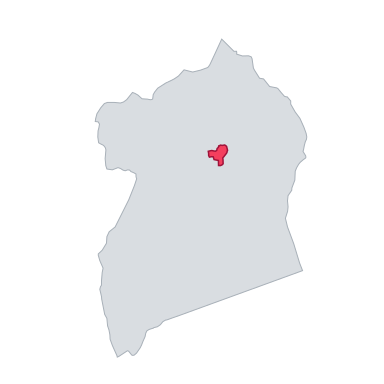 location of Dokolo within Uganda, rotated 340°
{"feature_id": "UGA-3100", "entity_name": "Dokolo", "entity_type": "County", "adm_level": 1, "iso_a3": "UGA", "parent_name": "Uganda", "parent_adm1": "", "projection": "albers", "projection_center": [33.084, 1.906], "detail": "fine", "context": "in_parent", "style": "filled", "palette": "rose", "viewbox_px": 384, "rotation_deg": 340, "n_neighbors": 0, "source": "natural_earth", "source_scale": "10m", "svg_char_len": 2781}
<svg xmlns="http://www.w3.org/2000/svg" viewBox="0 0 384 384"><g transform="rotate(340 192 192)"><path d="M269.0,303.7L263.8,303.7L255.5,303.7L247.1,303.7L238.7,303.7L230.4,303.7L222.0,303.7L213.6,303.7L205.3,303.7L196.9,303.7L188.5,303.7L180.2,303.7L171.8,303.7L163.4,303.7L155.1,303.7L146.7,303.7L138.3,303.7L130.0,303.6L125.0,303.6L124.0,303.5L123.4,303.3L120.2,303.9L116.9,305.9L113.4,306.8L109.7,306.4L109.3,306.7L107.4,306.6L104.7,306.5L102.2,307.0L100.3,308.8L98.4,311.9L95.0,315.4L92.3,318.5L90.0,320.7L84.8,324.4L81.9,325.5L80.5,325.3L79.6,324.6L78.0,319.9L77.0,319.1L66.9,321.5L65.3,321.6L65.5,320.1L64.7,309.1L64.7,302.3L66.0,298.1L66.8,293.2L66.9,288.9L68.8,281.6L68.1,277.2L70.5,261.8L71.2,259.3L72.1,251.9L73.7,249.6L75.0,248.7L76.7,244.2L80.1,236.9L82.4,233.1L81.9,224.9L82.3,219.3L82.8,218.1L87.7,216.0L94.1,210.9L96.8,204.8L100.6,201.0L108.0,198.5L108.0,198.4L129.9,177.7L140.0,166.4L144.5,160.7L144.6,158.6L145.5,155.9L143.7,153.8L141.6,151.9L140.9,150.1L139.1,149.2L136.5,149.2L134.7,147.9L132.8,145.4L130.8,143.8L124.7,143.9L119.9,141.3L120.0,137.8L121.8,130.9L125.5,123.0L125.7,120.8L125.2,118.9L124.3,117.3L122.7,115.7L121.1,113.8L122.3,108.1L124.6,102.5L126.5,99.7L128.3,96.6L127.8,94.0L125.2,92.7L126.5,90.2L129.4,86.0L135.0,81.7L139.9,78.9L143.1,78.9L149.5,81.2L155.2,83.9L158.4,84.0L162.2,82.9L170.1,78.1L172.0,79.7L174.4,82.5L176.9,87.3L181.9,89.5L184.3,91.0L186.0,91.4L186.9,91.1L188.8,87.3L191.1,85.3L195.3,82.7L204.7,80.6L211.3,80.0L214.2,79.6L218.9,78.4L226.3,74.5L233.7,79.5L241.7,80.4L249.4,80.4L251.8,78.9L253.1,77.7L261.2,69.6L272.2,58.5L279.5,74.1L282.0,75.0L281.7,76.4L281.1,77.7L285.9,81.4L291.8,83.4L293.9,85.3L294.0,87.4L292.1,96.5L292.4,99.0L294.4,108.2L297.9,110.2L301.0,119.4L307.3,123.2L308.2,124.4L309.7,128.8L311.6,133.7L313.1,134.8L314.0,135.1L315.9,140.2L314.8,143.2L316.3,152.0L318.6,159.8L319.3,169.3L319.3,173.4L319.3,175.9L318.7,179.5L317.6,181.6L315.6,183.6L313.4,186.8L311.4,190.2L310.2,191.9L311.2,196.9L310.9,198.3L310.4,198.9L307.6,199.7L303.9,201.1L301.7,202.4L298.6,205.0L296.1,207.8L292.7,216.0L287.2,222.4L286.3,224.5L281.0,228.3L278.7,233.0L277.2,238.8L275.2,242.9L270.8,248.6L269.8,257.5L269.9,275.4L268.8,295.7L269.0,303.7Z" fill="#d9dde1" stroke="#a8b0b8" stroke-width="1"/><path d="M223.8,169.1L224.0,166.2L222.4,165.5L220.3,165.2L220.1,163.5L220.8,161.5L221.2,159.3L223.1,159.5L224.8,159.8L226.4,160.8L228.0,161.7L229.5,161.3L230.5,159.7L232.0,159.1L232.9,157.8L233.8,158.0L234.6,157.6L236.5,158.6L238.8,159.0L239.5,159.9L240.1,161.0L239.7,164.8L239.5,165.3L239.0,165.6L238.5,166.6L237.7,167.4L233.5,170.0L232.9,170.2L232.5,170.7L232.2,172.2L231.3,174.9L231.1,175.6L230.9,176.1L230.2,176.5L229.4,176.8L227.7,176.9L226.0,176.2L227.6,171.4L223.8,169.1Z" fill="#f43f5e" stroke="#9f1239" stroke-width="1.5"/></g></svg>